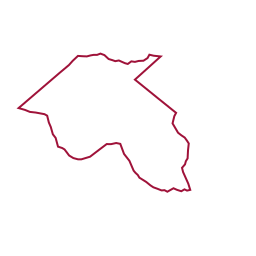 the district of Cafeara, Paraná, Brazil, rotated 140°
{"feature_id": "56859067B49164641112145", "entity_name": "Cafeara", "entity_type": "district", "adm_level": 2, "iso_a3": "BRA", "parent_name": "Brazil", "parent_adm1": "Paraná", "projection": "mercator", "projection_center": [-51.713, -22.795], "detail": "fine", "context": "isolated", "style": "outline", "palette": "rose", "viewbox_px": 256, "rotation_deg": 140, "n_neighbors": 0, "source": "geoboundaries", "source_scale": "gbopen_adm2", "svg_char_len": 1177}
<svg xmlns="http://www.w3.org/2000/svg" viewBox="0 0 256 256"><g transform="rotate(140 128 128)"><path d="M191.8,162.6L193.6,158.7L191.3,155.0L190.4,152.4L190.6,148.1L190.8,144.8L189.2,140.1L186.4,136.1L183.9,134.0L175.5,130.4L164.3,129.9L154.7,129.4L151.3,126.5L146.7,124.1L144.1,120.8L147.7,110.7L148.0,102.0L151.1,91.7L151.1,88.9L150.7,85.7L151.2,82.6L148.7,74.9L147.7,69.7L146.7,66.3L144.5,62.5L142.4,58.6L140.0,56.9L138.8,53.9L131.9,52.6L130.2,49.1L127.8,45.3L124.2,44.7L123.0,42.1L120.1,40.6L117.6,46.6L114.1,58.9L112.2,62.8L107.7,63.5L105.0,65.4L101.9,66.4L96.3,72.4L91.4,77.1L91.0,80.2L90.7,84.2L91.8,88.0L92.7,92.2L90.9,102.9L84.9,107.3L81.4,108.7L82.1,112.1L85.8,130.8L91.6,160.6L57.0,161.8L61.9,166.9L64.5,170.4L68.1,169.0L72.9,169.6L76.7,172.5L80.2,174.2L82.6,176.9L87.0,177.2L88.6,179.5L89.9,182.1L91.6,185.6L94.8,187.4L96.4,190.1L98.5,193.3L99.2,199.0L101.3,202.7L104.7,203.9L107.3,206.1L109.9,207.6L113.5,209.3L116.9,212.4L120.0,215.4L127.2,215.0L132.7,214.2L145.0,214.2L199.0,213.6L195.3,208.1L192.8,203.4L188.8,199.2L183.1,192.3L182.0,189.4L185.1,183.1L186.5,178.4L189.6,171.5L189.8,166.9L191.8,162.6Z" fill="none" stroke="#9f1239" stroke-width="2"/></g></svg>